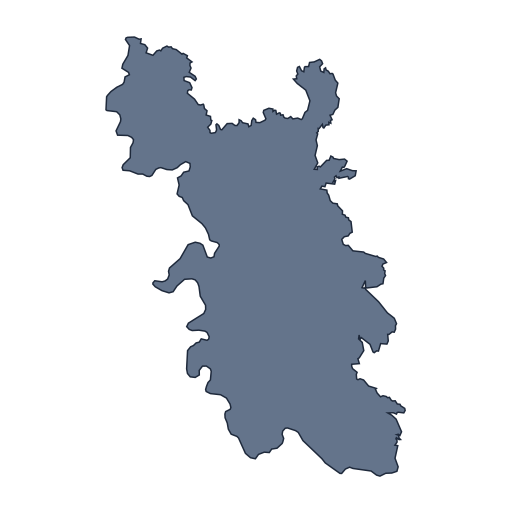 outline of Cañadas de Obregón, Jalisco, Mexico, rotated 278°
{"feature_id": "50627088B32610413083762", "entity_name": "Cañadas de Obregón", "entity_type": "district", "adm_level": 2, "iso_a3": "MEX", "parent_name": "Mexico", "parent_adm1": "Jalisco", "projection": "albers", "projection_center": [-102.677, 21.168], "detail": "fine", "context": "isolated", "style": "filled", "palette": "slate", "viewbox_px": 512, "rotation_deg": 278, "n_neighbors": 0, "source": "geoboundaries", "source_scale": "gbopen_adm2", "svg_char_len": 6104}
<svg xmlns="http://www.w3.org/2000/svg" viewBox="0 0 512 512"><g transform="rotate(278 256 256)"><path d="M379.9,87.1L379.3,88.2L379.5,97.9L376.8,101.5L372.9,103.1L370.2,103.1L360.4,100.0L356.4,102.1L357.5,112.3L356.2,116.3L354.2,118.5L351.1,118.5L346.0,116.6L335.8,117.8L328.0,111.8L324.9,111.1L322.4,112.4L322.8,119.0L320.7,127.8L321.4,132.4L319.8,136.8L319.9,139.6L321.3,141.7L327.8,144.7L329.7,147.5L330.3,149.5L329.2,155.7L329.6,161.1L332.5,165.7L336.0,168.5L339.7,173.3L338.5,177.7L335.1,178.5L330.9,177.8L328.9,172.7L324.9,170.7L322.4,167.4L315.6,170.0L306.5,169.2L304.4,171.6L303.7,174.8L300.7,176.7L297.4,181.5L286.9,187.4L280.5,198.0L276.8,202.0L270.9,205.9L265.6,207.9L264.7,209.6L263.9,215.8L262.2,218.0L260.7,218.2L252.9,214.6L249.4,214.5L247.7,211.5L248.2,207.9L259.3,201.9L260.8,198.8L261.2,193.9L257.8,187.2L242.8,181.2L232.1,172.0L228.7,171.5L225.2,172.7L220.9,171.7L218.6,169.4L217.4,166.6L217.4,159.2L215.1,157.7L213.8,157.8L211.5,160.5L208.6,167.7L207.4,175.0L209.1,178.9L215.3,181.9L223.0,188.5L224.5,195.7L223.9,199.1L221.3,202.0L217.8,203.8L208.4,206.4L200.2,212.9L196.1,213.6L191.8,212.3L180.1,198.4L176.4,197.2L174.0,200.1L173.3,203.2L174.6,209.7L174.5,215.9L173.5,218.2L169.5,220.9L167.1,220.7L165.7,219.3L166.3,213.3L162.8,211.8L161.6,208.8L158.6,206.5L157.0,203.9L152.8,201.4L134.6,203.0L130.1,204.5L127.2,207.7L127.3,212.7L130.3,216.4L134.8,215.7L139.5,218.3L140.1,222.2L137.9,226.5L135.6,227.7L126.9,228.1L124.1,226.1L119.9,225.1L116.8,224.7L114.9,225.5L113.4,230.0L113.7,240.2L111.2,246.5L105.8,250.9L102.5,252.2L100.6,251.8L97.7,247.6L95.2,247.2L91.5,247.9L86.6,250.8L80.7,252.7L76.1,256.2L74.7,262.2L73.4,264.0L59.1,273.0L55.5,278.6L55.1,283.6L59.9,286.1L62.9,291.5L63.2,296.5L67.0,298.4L68.6,303.6L74.0,308.0L75.6,308.4L79.2,308.8L83.0,306.7L86.3,306.8L89.5,308.9L90.1,311.1L88.6,319.4L87.2,322.4L79.7,328.2L64.5,349.4L60.7,353.4L52.4,369.4L52.6,371.1L57.5,374.2L59.9,378.1L59.1,381.6L59.1,399.9L55.8,405.9L55.3,409.4L58.9,414.7L60.0,420.7L62.4,425.5L67.0,426.1L75.1,421.8L87.9,422.8L88.0,419.9L91.4,421.6L93.5,421.1L94.4,420.0L95.6,420.3L94.1,423.3L94.4,424.6L95.7,423.0L98.4,422.0L98.7,420.4L99.3,421.7L98.3,423.5L102.2,424.6L114.0,417.4L117.3,412.5L118.9,408.4L119.9,413.6L119.0,417.1L120.6,417.5L121.1,418.7L121.2,424.2L123.8,425.2L125.8,424.5L127.7,420.3L129.2,419.2L129.1,416.5L132.0,414.0L131.4,411.3L132.1,409.9L134.6,407.8L134.0,406.1L135.0,404.5L135.3,401.2L133.9,398.9L137.2,395.0L140.7,392.8L141.6,393.6L142.9,385.6L148.2,379.8L148.9,376.1L147.7,374.2L148.2,372.8L152.7,371.8L154.9,372.3L157.9,367.3L160.1,366.1L162.1,365.8L163.8,373.3L168.5,371.2L169.5,372.4L177.3,375.9L185.3,373.2L188.2,369.1L192.1,369.1L188.1,370.8L189.8,371.7L184.4,381.2L177.3,385.2L176.7,386.5L178.8,388.6L178.9,390.5L186.6,391.6L187.0,397.9L190.3,398.8L196.7,397.3L196.8,398.5L199.8,401.4L199.8,403.5L203.0,404.4L206.4,403.8L208.5,404.6L213.6,401.6L218.0,394.0L227.7,383.8L238.1,369.4L240.1,368.5L239.2,367.8L239.4,365.4L246.9,367.7L240.3,368.9L239.8,370.3L242.4,380.1L245.5,383.6L246.2,385.6L251.8,385.6L254.7,387.0L256.4,385.9L259.3,385.9L260.0,384.3L261.7,384.2L263.4,382.2L265.7,382.8L267.7,386.2L270.8,382.8L271.7,377.4L272.8,376.1L272.2,374.5L273.8,363.8L274.9,362.1L274.6,351.2L279.4,345.9L278.8,343.3L279.7,340.8L284.4,338.6L287.4,340.8L288.7,344.5L291.5,345.8L293.0,348.0L303.3,345.3L304.7,342.8L306.7,342.2L307.0,339.5L308.8,338.5L309.4,335.7L312.7,335.4L317.0,330.0L319.0,329.2L319.0,324.7L321.2,321.8L326.4,319.5L328.3,317.7L331.1,317.0L331.4,310.3L334.4,311.6L334.2,314.6L338.0,315.3L338.1,323.9L341.6,324.3L340.2,322.1L343.5,323.4L345.0,322.7L346.6,324.1L344.8,325.3L345.7,327.1L344.5,327.3L347.5,335.6L346.9,336.6L345.4,336.8L345.2,338.0L349.3,343.1L354.3,343.3L353.9,339.6L355.1,333.6L351.7,327.6L356.0,329.1L356.0,330.7L357.2,331.4L362.6,333.0L364.3,330.2L363.0,324.9L363.4,319.2L364.6,318.5L365.4,316.2L361.0,315.1L360.5,312.6L353.2,307.4L353.7,306.0L352.7,304.2L350.2,304.7L350.0,301.6L356.8,304.2L363.8,300.5L373.8,301.4L379.3,299.3L385.5,300.1L386.4,299.0L388.0,300.3L391.0,299.8L390.9,300.7L395.6,303.4L392.5,304.5L392.2,305.4L395.3,306.9L396.1,310.0L398.5,309.5L397.9,311.6L400.6,310.9L401.5,312.4L405.7,309.7L406.9,312.4L411.4,313.8L414.6,316.4L423.3,316.5L425.6,313.5L428.7,312.1L438.6,313.0L441.2,310.0L446.9,306.9L447.4,306.0L446.8,303.9L449.1,301.8L450.0,299.5L452.0,298.7L450.8,297.4L447.2,297.6L448.1,294.4L452.2,292.7L455.7,295.2L458.3,293.8L459.6,291.7L456.3,286.6L455.1,282.1L450.9,281.7L450.4,278.3L449.6,277.7L445.1,277.7L445.8,275.3L449.7,272.6L448.6,270.9L444.9,270.5L442.0,272.1L439.9,270.8L437.2,271.7L436.4,268.4L432.6,272.8L427.2,282.2L417.2,287.8L407.4,286.8L405.0,284.5L398.4,282.8L397.4,281.8L398.4,278.1L396.9,273.4L398.9,271.0L396.6,268.4L396.6,265.7L397.3,264.3L399.6,263.1L398.9,260.8L400.8,260.2L401.0,259.1L399.3,256.6L402.9,255.4L403.0,254.3L401.5,252.7L403.9,252.3L404.1,248.2L401.3,243.4L399.1,243.2L393.3,246.7L391.8,246.1L388.6,241.3L388.3,237.4L390.9,236.6L392.1,234.1L389.6,233.0L384.6,233.0L383.0,230.9L385.7,229.7L386.1,224.2L387.9,222.4L388.6,220.3L385.7,220.7L382.6,219.1L382.3,217.0L384.0,213.9L383.1,209.0L376.2,204.6L376.4,203.2L380.1,201.0L381.4,198.9L380.4,198.1L375.4,199.4L373.6,199.0L372.5,198.4L371.3,194.6L371.8,193.3L374.0,192.9L376.8,190.2L380.3,192.9L384.0,193.4L384.4,192.3L387.9,191.5L388.7,187.0L393.0,187.3L394.9,184.4L398.4,183.2L399.0,182.6L397.8,180.1L397.9,177.7L402.8,173.3L407.6,165.4L410.3,165.4L411.3,166.6L411.4,168.8L413.8,169.2L418.4,166.2L419.7,160.4L422.9,159.7L424.0,161.9L424.1,166.2L421.2,171.3L423.0,172.3L425.5,170.7L428.6,164.3L433.1,165.5L435.5,164.0L437.9,163.8L439.3,165.6L442.5,159.8L444.8,160.2L446.5,155.6L445.6,154.6L449.3,148.3L449.7,144.4L451.3,142.9L450.7,140.3L451.5,138.6L448.8,134.6L445.9,133.2L446.5,131.8L445.3,129.2L440.4,126.0L441.9,118.9L446.8,119.7L449.8,116.5L450.4,112.0L455.0,112.0L454.4,110.1L455.9,105.2L454.7,98.5L453.9,97.0L452.2,96.6L446.8,101.5L436.8,101.3L427.4,97.4L423.3,97.1L420.1,104.2L417.9,105.4L415.1,101.4L409.8,101.2L407.4,100.0L403.7,94.6L398.7,89.5L394.4,86.6L392.9,85.9L379.9,87.1Z" fill="#64748b" stroke="#1e293b" stroke-width="1.5"/></g></svg>